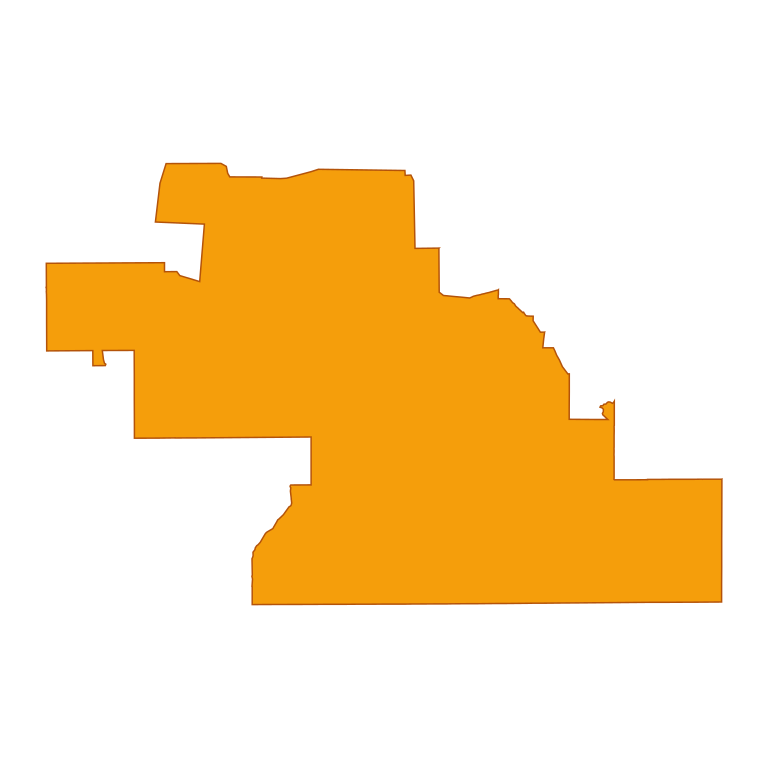 the district of Kimba, South Australia, Australia
{"feature_id": "25037944B98652038613248", "entity_name": "Kimba", "entity_type": "district", "adm_level": 2, "iso_a3": "AUS", "parent_name": "Australia", "parent_adm1": "South Australia", "projection": "robinson", "projection_center": [136.231, -32.967], "detail": "fine", "context": "isolated", "style": "filled", "palette": "amber", "viewbox_px": 768, "rotation_deg": 0, "n_neighbors": 0, "source": "geoboundaries", "source_scale": "gbopen_adm2", "svg_char_len": 4478}
<svg xmlns="http://www.w3.org/2000/svg" viewBox="0 0 768 768"><path d="M650.7,602.3L656.2,602.3L666.4,602.3L686.1,602.2L691.2,602.2L691.3,602.2L705.8,602.1L721.6,602.0L721.6,584.2L721.7,567.1L721.7,553.4L721.7,553.0L721.7,540.4L721.8,515.3L721.9,479.7L721.9,479.4L721.9,479.1L721.7,479.2L721.1,479.2L720.5,479.2L718.9,479.2L718.6,479.2L714.2,479.2L713.8,479.2L712.4,479.2L711.6,479.2L711.2,479.2L710.9,479.2L709.9,479.2L709.0,479.2L705.0,479.2L702.8,479.2L702.5,479.3L702.2,479.3L701.9,479.2L701.5,479.2L701.3,479.2L700.4,479.2L693.6,479.3L691.7,479.3L689.3,479.3L685.2,479.3L684.6,479.3L679.5,479.3L677.1,479.3L669.7,479.3L659.9,479.4L657.5,479.4L650.2,479.4L648.1,479.4L647.6,479.4L647.6,479.7L634.4,479.8L614.4,479.8L614.3,479.7L614.1,479.5L614.0,479.4L614.0,479.2L614.1,477.2L614.1,473.6L614.1,465.3L614.1,464.6L614.1,456.7L614.0,454.8L614.1,451.0L614.0,447.8L614.1,447.5L614.1,447.3L614.1,438.3L614.1,435.5L614.2,431.0L614.1,425.9L614.3,425.6L614.3,401.2L613.6,402.4L612.4,403.3L610.2,402.1L608.7,401.9L607.5,402.3L605.8,404.1L603.9,404.2L602.9,405.6L600.6,405.9L600.0,407.2L602.3,408.0L603.4,409.3L603.3,411.8L602.4,413.4L602.8,414.8L607.8,419.5L596.1,419.5L569.2,419.3L569.2,409.3L569.3,392.2L569.3,379.9L569.3,373.9L567.8,373.9L564.9,370.0L562.4,366.7L559.4,360.0L556.7,355.3L554.9,350.9L553.4,347.8L546.9,347.8L542.8,347.8L543.8,338.0L543.9,337.6L544.0,336.9L544.1,335.8L544.4,333.8L544.5,333.0L544.5,332.6L544.5,332.3L544.6,332.1L540.4,332.2L533.1,320.8L533.2,316.2L529.4,316.1L527.4,316.0L527.1,315.9L526.7,315.9L526.3,315.8L525.8,315.5L525.3,314.9L524.8,314.2L524.2,313.3L524.0,313.0L523.7,312.3L523.6,312.2L523.4,312.3L522.7,312.6L522.2,312.1L521.5,311.4L521.0,311.0L520.7,310.7L520.4,310.5L520.3,310.4L519.9,309.9L519.7,309.7L519.0,309.2L518.1,308.2L516.1,306.5L515.5,305.8L514.7,304.4L514.3,303.8L514.2,303.7L513.2,303.1L512.7,302.7L512.4,302.4L511.8,301.7L511.2,300.9L511.1,300.7L510.4,300.0L509.8,299.2L509.3,298.8L498.2,298.7L498.2,296.1L498.2,295.6L498.2,295.3L498.3,295.0L498.4,294.6L498.4,289.9L498.3,290.0L498.1,290.0L497.9,290.1L497.7,290.1L497.4,290.1L497.1,290.2L495.8,290.5L495.3,290.7L493.1,291.3L491.8,291.7L491.1,291.9L490.5,292.0L490.4,292.1L489.0,292.5L487.2,292.9L486.2,293.1L484.2,293.7L482.0,294.1L480.6,294.6L478.3,295.1L478.0,295.2L477.9,295.2L477.5,295.2L473.3,296.3L471.1,297.4L470.7,297.5L469.7,298.0L463.9,297.4L460.8,297.1L454.0,296.5L446.9,295.8L443.5,295.5L439.2,292.2L438.9,248.2L439.0,248.1L415.0,248.4L413.7,180.8L410.9,175.1L405.2,175.4L404.9,170.5L318.4,169.3L311.0,171.7L286.6,178.2L280.4,178.6L261.8,178.1L261.9,177.0L229.8,176.9L227.7,173.3L226.3,166.4L220.9,163.4L166.1,163.6L160.0,183.2L155.4,222.0L204.4,224.1L199.7,281.6L179.8,275.6L176.8,271.6L164.5,271.7L164.5,262.7L46.3,263.3L46.4,286.8L46.4,287.0L46.1,287.2L46.2,287.3L46.3,287.3L46.3,287.5L46.4,287.8L46.4,288.0L46.3,288.4L46.4,288.5L46.4,290.0L46.4,291.2L46.3,291.4L46.3,291.8L46.4,292.5L46.4,292.8L46.4,293.1L46.4,293.7L46.4,293.8L46.4,293.7L46.5,293.9L46.5,294.0L46.5,294.5L46.5,295.2L46.6,300.5L46.6,302.2L46.6,305.0L46.6,306.6L46.6,308.2L46.6,322.0L46.7,350.9L92.8,350.6L92.9,365.7L105.3,365.6L105.8,364.2L104.5,363.3L103.5,359.8L102.3,350.5L134.2,350.4L134.2,353.5L134.3,376.0L134.3,399.6L134.3,399.8L134.4,425.8L134.4,427.1L134.4,438.2L158.5,438.1L175.3,437.9L175.3,438.0L188.3,437.9L195.0,437.9L221.9,437.7L310.6,437.0L311.1,437.0L311.1,441.7L311.1,484.9L290.8,485.0L290.3,485.6L290.1,486.7L290.8,487.8L290.4,491.1L291.3,498.8L291.2,498.9L291.4,500.3L291.5,501.3L291.7,503.0L291.1,505.3L290.9,505.6L290.1,506.3L289.2,506.7L289.0,506.9L285.9,511.2L283.4,514.7L279.1,518.8L278.7,519.2L278.0,519.7L277.8,519.8L277.5,520.3L277.4,520.5L277.3,520.8L277.2,520.9L276.8,521.7L273.6,527.2L273.0,528.4L272.8,528.6L272.7,528.7L267.4,531.8L266.5,532.4L266.1,532.8L265.3,533.7L263.7,536.4L260.2,542.4L258.0,544.8L256.7,545.7L255.3,547.8L254.9,549.7L253.0,552.2L253.1,555.6L252.8,556.9L252.0,558.7L252.3,575.0L252.2,575.4L251.9,576.2L252.5,579.0L252.0,586.6L252.2,586.8L252.2,604.6L264.0,604.5L311.1,604.4L325.3,604.3L344.8,604.3L357.9,604.2L358.3,604.2L368.8,604.2L369.1,604.2L369.3,604.2L383.8,604.1L384.0,604.1L396.2,604.1L405.1,604.1L412.6,604.0L413.0,604.0L417.1,604.0L436.8,603.9L438.6,603.9L446.9,603.9L452.2,603.8L468.6,603.7L469.0,603.7L475.5,603.7L476.8,603.7L496.9,603.5L505.4,603.5L526.7,603.3L533.3,603.2L536.8,603.2L542.1,603.2L562.4,603.0L563.1,603.0L577.6,602.9L614.6,602.6L627.2,602.5L650.7,602.3Z" fill="#f59e0b" stroke="#b45309" stroke-width="1.5"/></svg>